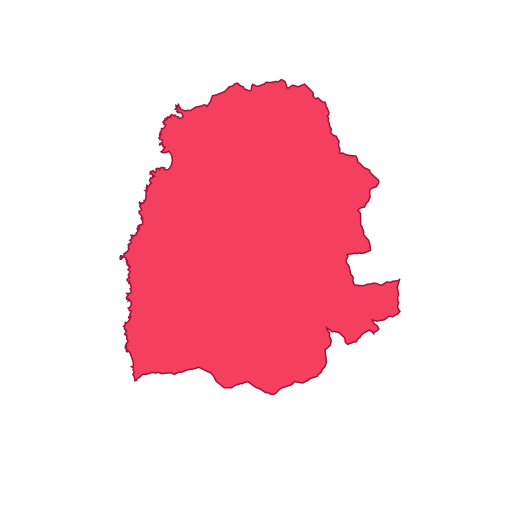 outline of Casma, Áncash, Peru, rotated 33°
{"feature_id": "86281439B42439705570298", "entity_name": "Casma", "entity_type": "district", "adm_level": 2, "iso_a3": "PER", "parent_name": "Peru", "parent_adm1": "Áncash", "projection": "albers", "projection_center": [-78.251, -9.498], "detail": "fine", "context": "isolated", "style": "filled", "palette": "rose", "viewbox_px": 512, "rotation_deg": 33, "n_neighbors": 0, "source": "geoboundaries", "source_scale": "gbopen_adm2", "svg_char_len": 6146}
<svg xmlns="http://www.w3.org/2000/svg" viewBox="0 0 512 512"><g transform="rotate(33 256 256)"><path d="M319.1,127.8L318.2,126.2L317.0,125.7L306.5,124.0L304.4,122.1L298.1,123.1L292.3,121.7L290.6,121.9L287.8,119.2L285.3,117.8L279.0,121.0L275.9,122.1L272.3,122.5L270.8,124.2L270.2,124.2L267.7,120.3L265.2,118.7L262.9,114.2L260.7,113.8L258.3,111.9L254.3,112.7L251.4,111.9L250.1,108.5L246.8,106.8L245.4,105.0L242.9,103.3L241.9,100.9L239.5,99.8L240.0,98.5L239.2,96.1L235.0,93.1L233.5,92.7L231.1,90.0L229.9,89.5L228.5,90.3L226.4,90.5L221.8,89.6L220.8,91.3L218.9,91.7L216.8,90.7L215.4,88.4L214.1,87.7L203.0,85.4L199.1,91.2L193.8,92.7L191.5,97.9L190.5,98.0L185.4,93.9L181.2,94.2L179.8,97.8L177.8,98.7L173.5,102.8L170.0,104.7L169.1,107.5L165.2,112.6L164.2,113.3L159.8,113.7L159.8,115.6L161.7,119.8L160.4,121.1L155.2,122.2L153.1,121.1L149.3,121.8L147.0,121.0L145.7,121.7L144.6,122.9L143.7,126.4L141.3,128.8L140.3,134.9L134.9,142.6L132.2,145.3L133.7,151.8L133.4,157.3L131.6,156.8L130.0,157.6L128.6,159.9L124.5,163.7L122.0,169.4L118.6,171.6L117.9,172.7L113.7,174.0L109.0,171.7L107.9,170.5L108.6,171.9L107.8,173.4L106.9,173.3L107.6,174.4L109.0,173.6L108.4,176.8L110.5,175.5L111.0,176.2L110.8,178.1L112.9,178.1L113.3,177.2L116.3,176.7L118.8,178.7L118.4,180.8L116.9,182.4L115.4,181.6L112.5,182.5L111.2,182.0L110.7,183.0L108.1,183.4L107.8,184.7L108.7,186.3L107.4,186.4L107.6,187.3L106.1,187.7L106.8,189.1L105.8,189.2L106.1,189.9L105.1,190.5L106.1,191.4L105.4,191.7L105.1,194.3L106.3,193.9L106.6,195.5L109.0,195.2L109.1,199.6L107.3,200.6L108.4,202.4L108.3,204.6L110.1,205.4L109.5,206.2L108.3,206.1L109.8,206.9L109.5,207.3L110.8,208.4L110.1,209.8L112.0,210.6L114.1,209.7L114.8,210.1L115.5,212.3L114.3,213.7L114.1,214.7L114.7,215.3L116.1,213.0L117.4,213.4L117.4,214.2L118.4,214.9L120.5,214.1L120.2,219.0L119.6,220.3L122.4,219.9L123.6,218.3L124.4,218.2L125.6,215.8L128.7,216.5L131.4,218.5L133.9,221.5L135.5,225.9L135.7,229.8L135.0,231.7L132.9,233.4L132.2,233.3L131.7,231.8L128.8,233.0L128.2,233.6L128.1,236.0L127.0,235.3L124.8,236.8L124.9,237.9L125.9,238.1L126.1,240.9L123.1,240.4L122.9,241.5L122.2,241.8L122.4,242.6L121.5,242.9L122.6,244.9L123.8,243.7L124.4,244.2L127.3,244.3L125.8,245.5L126.7,246.2L126.4,247.3L125.2,247.6L125.4,250.2L126.3,251.3L128.8,251.9L127.9,253.5L128.1,256.4L127.0,256.3L127.4,257.4L126.1,256.6L127.3,259.3L129.1,260.3L127.4,261.5L128.8,261.7L133.0,269.2L131.8,270.4L133.0,271.8L132.4,273.2L131.6,273.3L131.5,274.3L130.5,274.3L130.7,274.8L129.1,274.3L129.2,275.0L130.5,275.8L131.6,275.1L131.2,277.5L134.7,279.3L134.6,281.2L133.5,282.0L134.4,283.5L138.8,284.9L139.0,286.8L140.4,286.3L140.0,287.4L142.3,288.9L143.3,291.0L143.2,292.2L142.6,292.2L141.2,293.7L141.5,294.4L140.7,295.1L141.5,296.0L142.1,295.2L142.6,295.4L141.9,296.6L143.4,296.4L141.4,297.7L142.1,298.3L142.7,297.5L143.5,297.7L142.9,299.1L143.6,300.1L143.1,301.8L143.2,302.6L144.1,302.8L143.9,303.8L142.7,305.1L142.9,305.9L141.0,305.8L139.9,306.7L141.4,307.3L141.5,308.4L142.5,308.6L141.6,311.7L143.3,311.7L144.2,313.2L144.1,314.1L143.1,314.4L142.7,316.4L144.0,316.7L144.4,318.8L145.5,319.1L146.1,320.4L145.4,321.3L146.0,322.7L144.9,323.6L144.8,325.0L143.9,325.9L145.1,326.9L144.8,328.5L142.4,329.5L142.5,330.4L143.2,330.5L143.0,331.6L144.0,332.7L144.9,331.8L145.0,329.0L147.7,328.4L148.9,329.9L150.4,329.6L150.2,331.1L151.5,331.3L151.3,332.2L152.5,332.7L152.6,333.5L153.4,333.5L154.0,332.5L155.0,334.0L156.3,333.5L156.0,337.1L159.0,337.7L159.1,341.3L161.9,343.3L161.0,344.0L160.6,346.0L161.7,347.0L164.0,346.0L164.5,346.9L163.9,347.9L164.4,348.3L165.8,347.5L167.5,349.7L168.5,350.1L168.9,351.3L168.3,352.2L170.2,352.9L170.8,354.5L170.6,356.2L168.0,357.8L170.1,358.3L169.9,361.4L171.3,362.6L172.0,362.4L171.9,361.6L173.2,361.1L173.4,363.1L174.1,362.0L176.6,362.8L178.0,365.2L178.3,367.1L177.2,369.3L178.4,369.3L179.4,370.7L181.4,370.0L182.1,374.1L184.1,375.1L184.1,376.2L182.4,376.3L182.8,377.2L184.3,376.7L184.6,379.4L184.3,382.2L182.7,382.8L183.3,383.2L183.0,383.9L183.9,385.5L183.2,387.1L184.5,387.2L185.5,388.9L187.5,388.7L187.7,390.1L188.3,390.1L188.9,391.1L188.2,392.9L189.3,393.5L190.5,392.8L192.2,394.6L192.6,396.0L195.0,396.9L195.4,399.0L194.8,399.7L195.7,401.1L195.2,401.9L196.3,402.2L196.0,403.5L196.9,403.2L196.7,404.2L198.0,404.4L198.1,405.3L199.3,404.7L199.4,406.6L200.2,406.5L201.4,405.2L203.6,406.1L211.2,412.2L213.0,415.0L212.0,416.7L213.8,416.4L215.3,418.8L217.0,419.3L217.3,422.5L219.7,423.5L222.3,426.6L223.5,425.3L223.2,423.2L224.4,421.4L225.2,417.2L228.5,414.9L232.5,410.1L236.0,408.6L237.0,406.9L240.9,406.0L248.1,400.3L252.1,399.7L254.1,396.0L257.4,393.4L260.4,388.9L265.5,384.3L268.7,380.4L278.6,379.3L281.1,378.6L284.9,379.4L290.8,382.7L301.2,383.8L307.0,380.0L309.9,374.3L311.5,373.3L312.0,371.5L313.8,370.9L315.1,368.5L317.7,365.8L327.0,366.3L332.8,365.2L338.6,365.4L339.8,364.3L344.2,363.7L346.1,362.4L347.4,360.6L348.0,356.3L349.2,353.0L355.8,344.8L356.4,343.2L356.4,340.5L364.3,337.1L367.7,331.4L367.8,329.8L372.9,323.5L372.6,322.1L374.0,317.8L373.4,314.9L374.1,311.4L373.0,306.7L365.1,297.3L366.9,290.7L365.4,286.2L363.3,284.4L361.7,283.9L359.6,280.4L356.7,279.6L354.3,277.7L361.3,278.0L362.4,276.9L367.1,275.0L374.9,276.3L378.1,279.7L380.9,280.2L385.2,274.6L386.8,273.4L386.6,269.7L387.5,267.4L387.4,264.8L388.6,261.3L391.4,256.5L395.0,256.3L397.1,257.1L396.6,255.9L398.5,252.1L398.7,250.1L395.6,248.5L391.5,248.3L388.4,246.2L392.5,245.0L398.5,239.5L400.3,234.1L403.8,232.5L405.1,229.2L406.4,227.9L406.9,224.1L403.2,222.3L401.9,220.8L401.2,217.4L399.8,216.8L397.4,213.6L396.7,210.7L391.5,205.3L389.0,196.9L388.8,199.2L384.0,203.1L383.7,204.6L379.7,206.6L377.9,211.0L376.2,212.8L372.0,213.4L369.2,214.9L366.5,217.9L365.1,218.7L362.2,222.5L354.8,226.5L352.7,225.8L350.5,223.7L349.1,220.9L345.4,219.6L339.4,213.8L335.4,212.2L333.7,210.4L333.5,206.8L333.0,205.8L331.6,205.5L332.0,204.8L337.8,199.7L339.2,199.2L341.2,196.9L342.5,196.8L345.4,194.2L349.0,188.8L345.0,184.1L341.9,181.6L334.5,179.4L333.3,177.2L328.8,173.7L326.9,172.9L320.5,163.4L316.6,162.2L317.5,158.7L320.3,155.9L319.8,151.5L320.5,148.3L319.6,146.0L319.7,144.5L316.5,140.5L315.6,138.0L316.4,135.9L319.1,132.8L319.1,127.8Z" fill="#f43f5e" stroke="#9f1239" stroke-width="1.5"/></g></svg>